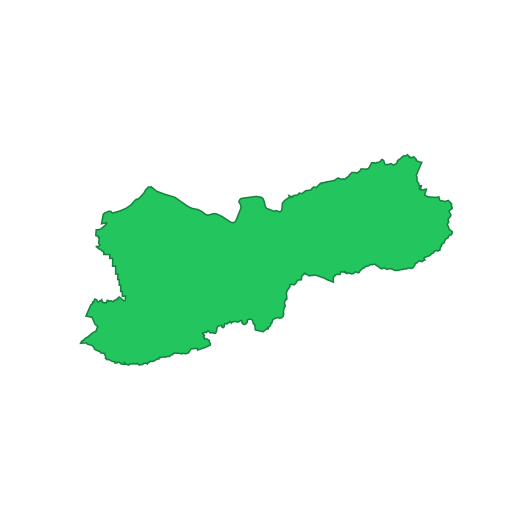 Tlapacoyan, Veracruz, Mexico, rotated 214°
{"feature_id": "50627088B77470661049606", "entity_name": "Tlapacoyan", "entity_type": "district", "adm_level": 2, "iso_a3": "MEX", "parent_name": "Mexico", "parent_adm1": "Veracruz", "projection": "albers", "projection_center": [-97.179, 20.022], "detail": "fine", "context": "isolated", "style": "filled", "palette": "green", "viewbox_px": 512, "rotation_deg": 214, "n_neighbors": 0, "source": "geoboundaries", "source_scale": "gbopen_adm2", "svg_char_len": 6131}
<svg xmlns="http://www.w3.org/2000/svg" viewBox="0 0 512 512"><g transform="rotate(214 256 256)"><path d="M200.4,223.3L201.8,224.6L203.1,227.4L203.8,229.3L203.6,230.9L206.1,232.9L207.1,235.6L206.4,236.9L207.0,236.9L206.8,238.3L210.3,242.6L210.8,245.5L210.6,248.8L210.8,249.9L211.8,250.5L211.6,251.7L208.1,253.6L207.7,256.0L208.0,259.1L205.0,261.8L206.6,264.2L206.6,266.1L206.0,267.6L206.4,268.7L206.0,269.1L204.0,268.7L203.4,269.3L201.0,269.2L195.9,273.5L186.6,275.9L184.9,275.9L177.2,277.6L179.9,281.4L179.3,285.4L176.1,287.7L176.8,290.3L173.7,292.0L171.9,292.1L173.1,292.7L170.9,292.9L168.7,294.2L167.1,294.4L165.4,295.9L164.9,298.0L163.7,299.0L162.4,298.9L161.7,299.5L161.2,300.1L161.5,301.8L160.5,306.0L159.8,306.4L159.3,308.6L157.2,310.8L156.1,313.2L154.9,313.6L153.2,315.6L145.0,315.4L144.2,316.0L144.0,317.0L142.9,317.9L139.9,318.1L137.6,320.8L132.5,321.8L129.9,323.7L128.6,325.4L126.3,327.4L126.0,328.2L124.2,329.2L122.7,331.6L119.8,332.8L119.2,334.4L119.2,337.3L119.7,338.7L118.7,340.5L118.3,342.8L117.9,343.4L116.6,343.5L114.9,344.5L114.7,346.1L113.7,347.2L115.5,348.0L115.4,349.1L112.2,353.4L111.7,356.1L110.7,357.7L110.7,360.0L109.6,361.2L107.9,361.9L106.8,363.8L107.9,365.9L107.7,368.3L108.6,368.6L108.7,369.2L107.3,372.5L108.0,373.7L108.2,376.5L107.0,378.4L107.4,380.4L107.1,381.8L106.1,382.4L106.0,384.7L106.7,385.9L111.1,386.3L112.6,387.7L115.1,389.2L115.4,392.3L116.3,392.5L117.3,394.5L116.9,397.9L117.3,399.0L120.3,400.6L121.2,401.5L119.9,405.0L120.6,405.6L120.6,406.1L122.0,406.8L122.8,408.5L127.6,409.6L130.2,406.5L131.6,406.3L133.9,405.0L135.0,405.1L137.5,407.3L139.4,405.3L146.5,401.2L150.3,400.8L152.1,406.7L153.8,405.2L153.8,404.6L156.1,403.0L156.7,403.8L157.9,402.9L158.3,403.5L157.6,405.9L158.3,406.7L159.9,405.3L161.7,407.3L164.0,407.8L166.9,411.7L168.2,412.3L171.0,426.4L173.0,425.4L176.6,424.7L177.0,425.7L180.8,426.5L181.8,424.7L182.5,424.2L183.3,424.3L183.8,423.5L185.3,424.4L187.1,424.7L187.8,422.6L189.7,421.5L190.5,418.9L190.5,417.6L191.4,416.1L192.0,413.9L191.2,412.3L191.3,411.2L192.7,408.3L195.8,408.1L198.0,405.4L200.0,404.2L201.1,404.5L203.3,406.4L205.2,406.7L205.9,406.0L205.7,404.2L206.6,402.5L207.5,401.3L208.3,401.0L208.9,399.4L210.1,399.5L212.3,398.0L211.7,393.1L211.9,391.1L213.5,389.4L217.6,387.0L217.5,383.8L218.2,382.8L218.3,381.4L220.7,380.6L223.3,378.7L223.5,376.4L224.0,375.7L223.7,374.1L225.0,370.8L225.2,369.2L226.3,369.0L227.7,368.0L228.1,367.2L231.5,366.7L232.9,363.8L232.8,362.9L239.6,356.2L239.3,356.0L242.7,353.2L242.6,352.2L243.2,352.1L243.4,351.5L244.2,346.8L246.9,345.3L247.4,343.0L247.2,341.6L251.3,338.0L252.8,333.3L255.3,332.4L255.6,329.9L258.3,327.5L259.2,325.9L258.6,325.3L259.0,324.8L262.5,324.5L260.8,323.2L261.8,321.8L263.3,318.1L263.7,314.7L260.4,308.7L260.3,307.2L260.9,305.9L264.1,305.1L265.4,304.4L265.9,303.2L273.7,301.5L275.4,301.9L277.5,303.5L279.0,305.3L282.1,307.4L284.0,307.8L289.1,305.6L300.3,295.6L300.9,294.4L300.8,292.0L300.2,291.0L298.3,290.4L296.8,289.3L295.4,287.6L292.5,274.7L292.5,272.7L293.2,271.1L295.2,270.1L297.3,269.8L306.2,269.8L312.6,268.8L314.8,267.5L318.3,263.3L320.6,262.3L325.8,262.6L329.9,262.1L335.7,259.7L340.6,259.0L355.9,259.3L367.2,255.9L374.8,254.1L381.5,254.8L384.0,252.7L383.8,251.8L384.5,249.1L384.1,245.6L384.9,239.8L385.9,236.6L386.7,236.4L387.4,234.6L388.2,228.4L390.4,222.8L393.7,217.7L398.7,211.6L400.0,211.3L401.4,211.9L403.1,210.7L405.5,206.9L406.0,205.3L402.1,196.3L398.5,200.0L398.1,199.5L398.2,197.4L399.6,192.0L400.7,190.2L403.2,188.4L400.2,183.3L397.6,184.2L397.0,183.1L396.3,183.5L393.5,178.5L391.8,178.1L391.5,177.7L391.9,175.8L393.7,174.7L393.6,174.4L389.6,174.0L388.1,174.5L386.7,174.1L384.6,174.2L384.2,173.6L383.7,173.5L383.1,172.1L378.0,175.4L375.9,172.2L373.4,173.9L369.2,167.3L366.6,169.0L362.3,162.5L360.4,163.8L357.5,159.1L356.2,160.0L353.1,155.3L351.8,156.2L348.4,150.9L347.1,151.8L344.3,147.9L341.8,149.8L339.5,146.0L340.4,144.9L346.3,145.6L347.1,144.3L346.4,142.8L347.7,142.0L347.7,141.0L348.9,139.6L348.6,138.6L349.3,138.0L351.1,137.9L352.8,136.0L353.3,136.6L353.8,135.7L354.5,135.9L354.0,133.3L355.0,133.0L355.2,132.4L356.8,132.2L357.2,131.7L359.4,133.5L359.5,132.2L360.5,131.8L360.3,130.9L361.4,129.5L362.7,129.9L363.4,130.6L365.5,130.3L365.6,129.8L364.9,127.2L365.8,126.6L364.8,125.5L365.6,123.1L363.4,111.1L357.7,113.5L351.2,109.4L347.8,109.0L346.7,104.1L348.4,101.2L350.0,95.4L351.7,91.7L351.9,90.0L352.9,87.9L352.6,85.5L348.3,89.0L346.1,88.7L342.0,90.2L339.0,89.5L338.0,88.5L336.2,88.5L331.8,89.4L330.3,88.9L327.0,90.7L326.0,89.5L324.1,88.4L323.8,87.0L321.4,86.7L320.2,87.9L316.2,88.2L313.9,89.4L313.3,88.4L312.1,88.9L311.9,89.6L311.1,90.0L311.3,90.7L310.1,91.4L307.3,91.1L304.2,92.7L304.1,93.0L305.2,92.9L304.9,93.6L305.2,94.0L302.9,93.7L300.5,94.4L300.1,95.8L299.4,96.7L297.3,97.9L297.2,98.4L295.0,99.3L294.4,100.6L291.9,100.2L289.3,102.8L288.9,104.3L287.1,105.7L285.6,105.7L285.7,107.3L284.8,108.5L285.0,109.3L282.2,111.2L280.1,115.7L278.9,116.2L279.4,117.6L279.2,118.0L277.9,118.7L276.6,120.7L275.8,120.7L273.9,122.1L273.4,123.1L271.6,124.2L271.3,124.7L271.3,126.0L269.9,127.6L269.9,129.1L269.4,129.8L264.2,133.0L263.1,133.0L262.6,134.1L259.4,135.8L257.8,138.0L257.9,142.7L253.1,146.5L251.8,145.4L247.1,151.6L244.0,156.6L244.6,157.8L246.5,158.5L247.2,159.8L250.3,159.8L252.1,158.4L252.8,158.5L253.2,159.8L254.7,160.2L254.5,161.5L256.7,161.7L257.0,162.4L255.4,164.3L254.3,164.7L254.2,165.7L254.6,165.9L254.1,166.8L253.0,167.3L251.4,166.6L250.3,167.0L249.4,168.2L248.2,168.2L246.5,169.1L246.4,170.7L248.2,174.9L248.4,176.4L245.9,179.2L245.0,178.8L244.7,178.1L243.2,178.1L242.8,179.9L244.0,181.7L244.0,182.5L241.9,183.6L242.1,184.1L241.0,185.9L241.0,187.0L238.8,186.6L238.9,187.9L236.1,190.5L234.9,190.6L233.6,191.5L232.4,194.3L231.6,194.3L230.1,192.7L229.0,192.4L228.0,192.3L226.8,193.2L226.1,196.1L227.4,198.1L226.5,199.6L225.0,200.7L224.0,200.9L222.5,200.4L220.3,198.2L218.7,198.4L215.2,194.3L207.7,197.2L206.5,201.2L205.1,202.4L205.3,202.8L206.2,202.8L206.3,203.3L205.3,204.9L205.1,206.2L205.2,207.1L206.2,208.4L205.4,209.3L206.2,211.8L206.2,213.4L203.7,217.2L201.7,217.5L200.4,218.9L199.7,220.9L200.5,222.4L200.4,223.3Z" fill="#22c55e" stroke="#15803d" stroke-width="1.5"/></g></svg>